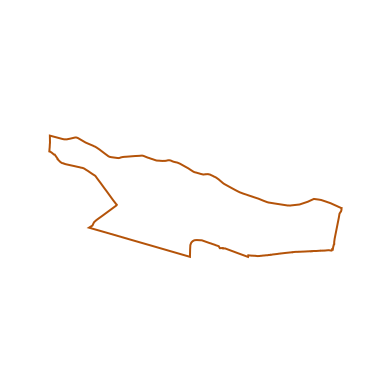 Aalsmeer, Noord-Holland, Netherlands, rotated 48°
{"feature_id": "6326949B69762252447495", "entity_name": "Aalsmeer", "entity_type": "district", "adm_level": 2, "iso_a3": "NLD", "parent_name": "Netherlands", "parent_adm1": "Noord-Holland", "projection": "equal_earth", "projection_center": [4.754, 52.261], "detail": "fine", "context": "isolated", "style": "outline", "palette": "amber", "viewbox_px": 384, "rotation_deg": 48, "n_neighbors": 0, "source": "geoboundaries", "source_scale": "gbopen_adm2", "svg_char_len": 5561}
<svg xmlns="http://www.w3.org/2000/svg" viewBox="0 0 384 384"><g transform="rotate(48 192 192)"><path d="M150.4,291.9L150.7,291.7L152.5,290.6L161.1,285.2L185.1,270.3L201.8,259.9L202.1,259.7L238.8,236.9L237.1,235.3L235.2,233.5L233.4,231.8L230.3,228.7L230.0,228.1L229.8,227.7L229.5,227.2L229.2,226.5L229.1,226.2L229.1,225.6L229.0,225.2L229.0,224.7L229.0,224.4L229.1,224.1L229.2,223.6L229.3,223.0L229.5,222.6L229.8,222.0L230.2,221.5L230.9,220.6L234.5,217.0L241.9,213.0L242.8,212.4L244.2,211.7L246.6,210.3L247.0,210.2L249.3,208.9L250.0,208.5L250.3,208.4L250.5,208.5L252.4,208.9L254.4,206.4L254.6,206.4L254.9,206.6L256.0,205.2L262.5,201.8L264.2,200.9L267.5,199.2L277.7,193.8L276.7,192.5L277.4,191.9L277.7,191.7L278.0,191.4L278.2,191.2L278.6,190.8L278.8,190.6L279.0,190.5L279.7,189.7L279.9,189.5L280.1,189.3L280.3,189.2L280.6,188.9L280.8,188.6L281.7,187.8L281.7,187.7L281.9,187.5L282.0,187.5L282.5,187.0L283.3,186.4L283.4,186.2L284.1,185.5L284.3,185.1L284.9,184.5L285.0,184.2L285.6,183.4L285.8,183.2L286.0,182.9L286.1,182.7L286.4,182.3L286.5,182.1L287.9,180.3L288.5,179.4L289.4,178.4L289.7,177.9L290.0,177.3L290.2,177.0L290.3,177.0L291.2,175.8L291.2,175.6L291.4,175.5L291.4,175.4L291.6,175.2L291.9,174.8L291.9,174.7L292.1,174.4L292.7,173.4L292.9,173.2L295.1,170.1L296.2,168.4L296.9,167.5L296.9,167.4L297.0,167.3L299.7,163.5L302.9,159.1L303.2,158.7L303.8,158.0L303.7,157.9L304.1,157.3L304.4,157.0L305.3,155.7L306.7,154.0L306.9,153.8L307.3,153.4L307.4,153.2L308.0,152.5L308.0,152.4L308.2,152.2L308.3,152.1L308.5,151.9L311.3,148.5L311.8,147.9L313.8,145.4L314.0,145.2L314.3,144.8L315.4,143.4L315.5,143.3L315.6,143.2L315.7,143.3L316.4,142.4L316.3,142.2L316.5,142.0L317.9,140.3L318.8,139.4L319.4,138.6L321.1,136.4L321.5,136.0L321.5,135.8L321.7,135.7L322.7,134.5L322.7,134.4L322.9,134.2L323.1,134.1L323.9,133.0L324.0,133.0L324.5,132.4L324.6,132.2L326.5,129.6L327.8,128.4L328.1,128.2L328.5,127.9L328.9,127.5L329.0,127.2L328.9,126.9L328.3,126.1L328.9,125.8L328.4,125.2L328.1,124.8L327.3,123.8L326.6,122.7L326.2,122.3L326.2,122.1L326.1,121.6L326.0,121.3L325.8,121.1L325.6,120.9L325.3,120.8L325.2,120.6L324.9,120.3L324.6,120.1L323.9,119.3L322.2,117.3L309.2,99.9L306.9,97.0L306.8,96.8L306.7,96.5L306.3,95.2L306.2,94.3L305.9,93.9L305.7,93.5L305.4,93.1L305.1,92.7L304.0,91.6L303.7,91.9L303.3,92.1L302.9,92.2L301.6,92.8L299.7,93.6L295.4,95.5L294.0,96.1L293.5,96.3L293.1,96.5L291.6,97.3L290.2,98.1L288.7,98.9L287.3,99.7L284.3,101.4L282.3,103.0L278.9,105.9L278.7,106.1L277.6,109.6L276.8,112.2L276.7,112.6L276.5,112.9L276.4,113.2L274.0,118.7L273.4,120.1L273.2,120.5L268.3,127.3L267.8,128.1L266.5,129.4L266.2,129.8L265.6,130.3L260.7,134.3L255.8,138.3L251.7,141.6L251.0,142.2L250.6,142.4L250.2,142.7L249.7,143.0L249.1,143.3L246.2,144.8L243.7,146.0L241.4,147.1L238.8,148.6L237.4,149.4L227.3,155.1L226.1,155.7L224.2,156.7L222.2,157.5L219.8,158.4L216.7,159.5L213.0,160.8L212.7,160.9L208.4,162.4L207.5,162.7L206.2,163.0L205.6,163.1L204.7,163.2L201.0,163.7L200.6,163.7L199.4,164.0L197.5,164.4L195.9,165.0L195.4,165.3L194.7,165.5L194.4,165.6L192.7,166.3L191.8,166.7L191.5,166.8L191.4,166.8L191.1,167.0L190.7,167.2L190.4,167.5L190.1,167.7L189.5,168.1L189.3,168.3L188.9,168.8L188.2,169.6L188.1,169.9L187.8,170.1L187.7,170.3L187.5,170.6L186.6,171.9L186.3,172.1L185.6,172.6L184.0,173.7L183.4,174.0L182.8,174.4L182.0,174.9L181.7,175.1L180.5,175.8L179.7,176.4L178.7,177.0L178.0,177.3L177.7,177.4L177.0,177.6L174.4,178.3L172.0,178.9L168.8,180.0L164.7,181.4L163.2,181.9L162.5,182.2L161.2,182.8L160.6,183.1L159.9,183.5L159.0,184.2L158.4,184.6L157.7,185.1L156.9,185.6L156.3,185.9L156.0,186.1L155.6,186.2L154.7,186.6L154.3,186.8L153.9,187.1L153.5,187.4L152.9,187.9L152.4,188.7L152.2,188.9L151.7,189.9L150.8,191.3L150.5,191.6L150.0,192.1L149.5,192.8L148.7,193.6L147.7,194.6L147.4,194.8L145.8,196.4L145.4,196.8L145.1,197.1L144.6,197.5L144.2,197.7L143.5,198.1L141.7,199.1L141.3,199.3L140.5,199.8L138.9,200.7L138.1,201.1L136.3,202.2L135.9,202.3L135.2,202.7L133.7,203.4L133.1,203.7L132.4,204.1L131.6,204.7L131.1,205.3L129.9,206.9L126.9,210.6L122.0,217.0L120.4,219.0L119.6,220.2L119.4,220.4L119.1,221.1L118.8,221.5L118.3,222.8L118.2,223.0L117.8,223.7L117.4,224.1L117.2,224.3L116.8,224.7L115.6,225.7L112.2,228.6L111.4,229.2L111.2,229.4L110.9,229.5L110.5,229.8L110.3,229.9L109.4,230.2L108.7,230.4L108.3,230.4L108.0,230.5L105.0,231.1L99.8,232.1L98.6,232.3L97.4,232.6L95.0,233.2L94.4,233.4L93.4,233.7L92.2,234.3L91.3,234.6L87.5,236.4L84.0,238.0L77.7,240.0L76.8,240.3L76.0,240.5L75.4,240.8L74.9,241.0L74.6,241.2L74.1,241.5L73.8,241.8L73.6,242.0L73.3,242.4L73.0,242.9L70.7,247.1L69.6,248.9L69.3,249.5L68.6,250.4L68.4,250.6L67.6,251.5L67.0,252.0L65.9,252.8L55.0,259.9L60.4,264.6L61.4,265.7L63.7,268.0L64.4,268.8L66.4,270.9L66.8,270.7L67.1,270.4L68.6,270.0L69.0,269.9L71.9,269.5L72.3,269.0L77.4,269.6L77.5,269.9L77.8,269.9L79.2,269.9L80.2,269.8L80.6,269.8L81.0,269.8L81.8,269.7L83.0,269.4L83.3,269.3L83.6,269.2L84.0,268.9L84.8,268.3L84.9,268.2L85.2,268.2L85.3,268.2L86.9,267.2L91.4,264.0L93.6,262.4L97.3,259.8L97.8,259.4L98.8,258.7L99.2,258.5L100.1,257.8L100.9,257.2L101.3,257.0L101.8,256.7L102.6,256.4L104.9,255.8L106.5,255.3L108.6,254.8L111.1,254.2L113.4,253.6L114.0,253.4L114.7,253.2L115.3,253.1L115.6,253.1L115.9,253.1L116.7,253.2L119.4,253.5L124.1,253.9L130.7,254.6L134.1,254.9L145.3,256.1L149.5,256.4L150.5,256.5L150.8,256.4L151.0,256.4L151.1,256.7L151.3,256.7L151.4,257.0L151.4,257.3L150.3,268.5L149.6,275.5L149.2,278.9L148.9,282.0L148.9,283.4L148.9,284.6L149.0,285.2L149.5,286.5L150.2,288.2L150.3,288.3L150.3,288.7L150.1,289.5L149.6,292.4L150.4,291.9Z" fill="none" stroke="#b45309" stroke-width="2"/></g></svg>